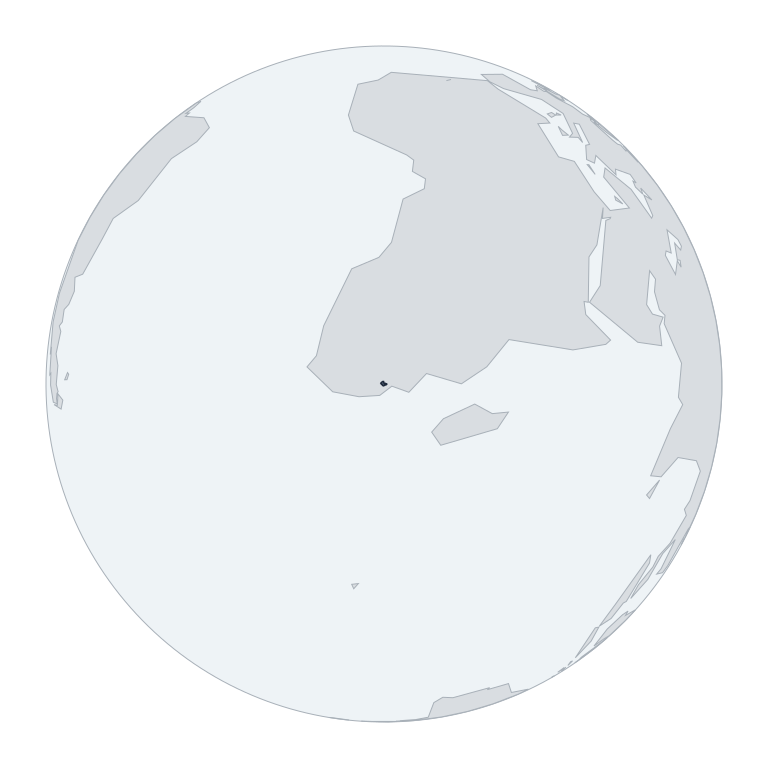 Manzini on an orthographic globe, rotated 50°
{"feature_id": "SWZ-536", "entity_name": "Manzini", "entity_type": "District", "adm_level": 1, "iso_a3": "SWZ", "parent_name": "eSwatini", "parent_adm1": "", "projection": "orthographic", "projection_center": [31.309, -26.515], "detail": "fine", "context": "on_globe", "style": "filled", "palette": "slate", "viewbox_px": 768, "rotation_deg": 50, "n_neighbors": 0, "source": "natural_earth", "source_scale": "10m", "svg_char_len": 5764}
<svg xmlns="http://www.w3.org/2000/svg" viewBox="0 0 768 768"><g transform="rotate(50 384 384)"><circle cx="384" cy="384" r="338" fill="#eef3f6" stroke="#a8b0b8"/><path d="M48.1,347.2L49.8,342.5L50.1,352.0L49.4,361.8L51.3,358.9L51.4,364.1L64.3,350.8L75.4,353.0L78.1,371.7L74.7,402.0L85.5,454.3L83.1,485.0L91.8,506.6L106.2,544.2L103.6,552.1L113.9,561.6L120.4,574.3L121.3,581.1L129.7,590.5L130.8,595.4L136.0,597.8L150.0,615.7L160.3,622.0L173.7,635.4L180.4,638.6L181.0,640.5L184.7,644.3L189.2,647.1L185.4,649.0L170.5,640.1L161.6,632.3L162.1,634.1L141.8,614.8L146.9,620.7L123.7,597.5L105.8,574.2L77.4,526.1L67.3,501.9L59.1,477.0L52.9,451.5L48.7,425.7L46.4,399.5L46.2,373.3L48.1,347.2ZM195.7,647.5L187.7,650.0L190.4,647.9L182.0,640.1L189.9,640.4L195.7,647.5ZM175.5,625.9L171.8,619.1L173.9,619.3L176.9,624.1L175.5,625.9ZM348.6,47.9L348.0,48.0L344.3,48.5L347.5,48.5L333.9,51.9L323.5,53.8L322.6,52.0L307.8,55.1L311.8,53.9L348.6,47.9ZM694.8,251.3L695.2,252.2L690.2,241.1L690.6,244.0L705.5,283.3L707.6,291.9L704.9,297.3L703.6,290.4L690.4,260.8L693.1,279.5L703.3,307.6L706.9,332.9L701.3,318.1L697.0,295.7L692.3,284.7L689.9,267.3L679.0,236.9L673.1,234.4L670.0,224.5L654.1,197.7L643.6,194.0L629.3,206.0L633.2,231.4L625.7,238.7L602.3,193.3L591.8,168.4L583.4,167.0L559.3,142.7L517.9,130.6L512.0,124.6L504.2,125.3L487.2,117.5L478.2,108.6L467.9,107.7L492.0,131.8L503.0,133.4L512.2,127.2L516.8,135.7L533.2,146.6L515.1,162.8L453.5,174.0L447.6,155.1L401.3,108.9L402.7,104.5L402.5,104.1L402.0,103.2L397.6,110.2L389.7,102.7L414.3,131.5L418.4,145.3L452.7,175.0L449.4,177.7L460.5,184.8L496.0,182.2L496.2,188.6L479.3,217.4L430.3,259.7L436.9,294.2L433.6,324.6L403.3,344.7L406.3,370.3L390.7,379.4L390.0,394.6L377.7,411.3L357.0,428.3L321.4,432.0L318.9,417.6L300.6,392.7L275.0,334.7L283.7,306.5L280.3,287.2L254.6,250.5L260.3,227.6L253.5,220.3L239.4,225.6L231.6,217.3L223.1,219.4L170.7,244.6L155.1,238.4L137.6,211.3L147.4,193.1L149.9,178.1L218.1,109.8L231.6,107.0L284.2,89.2L290.7,89.2L283.5,98.8L322.2,104.3L335.8,95.1L371.9,99.5L396.5,99.2L406.9,82.9L366.7,82.7L360.6,75.8L393.7,69.6L429.0,72.4L427.8,69.9L406.3,63.5L415.2,60.5L398.9,61.4L404.9,63.7L394.8,64.8L388.7,62.9L392.1,61.6L381.7,60.7L368.2,68.6L372.9,71.8L345.1,74.8L350.1,80.8L342.3,84.5L330.8,76.0L332.6,72.5L310.5,67.4L306.1,71.0L326.7,76.6L319.9,76.7L314.1,83.2L313.2,78.4L291.9,72.9L267.3,80.4L234.6,102.5L220.6,108.6L209.5,110.4L222.9,94.1L252.8,82.6L257.9,78.1L253.2,76.2L262.6,73.4L264.4,71.6L275.8,68.2L293.1,61.2L304.9,58.4L313.0,54.6L320.1,53.0L313.3,55.4L314.9,56.2L344.3,52.1L350.4,50.9L353.2,49.1L361.0,48.9L360.0,47.8L377.5,46.8L355.3,47.6L358.1,47.1L382.8,46.1L407.5,46.9L432.1,49.5L456.4,53.9L480.3,60.1L503.8,68.0L526.6,77.6L548.6,88.9L569.7,101.7L589.9,116.0L608.9,131.8L626.7,148.9L643.3,167.3L658.4,186.8L672.1,207.4L684.2,228.9L694.8,251.3ZM193.8,136.9L191.7,141.2L193.8,136.9ZM466.3,85.8L487.5,90.3L478.1,80.1L485.5,81.3L479.6,77.7L477.3,79.4L462.9,70.8L472.1,70.6L469.6,67.6L462.3,66.0L447.8,68.1L468.3,79.8L463.4,82.4L466.3,85.8ZM262.7,68.8L266.1,67.8L261.1,70.1L246.2,76.2L253.3,72.6L262.7,68.8ZM272.2,66.1L275.4,64.0L284.8,61.0L279.0,62.8L284.9,61.0L277.1,63.8L282.9,63.9L278.8,66.2L253.5,74.7L264.0,70.3L260.0,71.2L272.2,66.1ZM298.6,84.9L303.7,84.4L311.8,82.8L308.3,87.4L298.6,84.9ZM283.7,81.1L288.4,79.6L287.4,84.3L282.1,85.3L283.7,81.1ZM291.8,75.4L288.7,79.2L287.2,77.7L291.8,75.4ZM317.7,54.5L322.8,53.4L323.1,53.7L319.9,54.8L317.7,54.5ZM399.6,85.3L392.1,88.3L388.6,86.7L391.9,86.0L399.6,85.3ZM347.7,86.1L359.2,87.5L346.6,87.3L347.7,86.1ZM520.4,531.9L521.4,538.8L516.7,537.5L520.4,531.9ZM491.1,325.9L467.4,379.9L451.5,378.4L448.8,360.8L457.7,327.4L476.3,320.1L485.5,306.7L491.1,325.9ZM717.0,428.1L716.8,435.0L716.5,436.2L717.0,428.1ZM717.3,417.5L717.8,424.1L716.7,419.6L717.3,417.5ZM717.8,426.7L718.2,430.3L718.4,430.7L718.0,433.2L717.8,426.7ZM716.7,413.4L710.2,391.2L706.6,378.9L708.3,375.6L714.1,390.6L716.7,413.4ZM707.9,374.7L701.3,347.5L686.3,289.3L691.8,295.7L706.3,338.2L705.6,341.5L709.6,360.7L707.9,374.7ZM720.3,351.2L720.6,356.4L721.6,373.2L720.6,379.4L719.7,391.6L716.9,378.2L715.2,370.5L714.1,349.5L714.8,343.0L716.5,347.7L718.6,336.6L719.5,343.9L720.3,351.2ZM634.7,234.6L642.4,254.2L637.8,254.2L634.7,234.6ZM698.3,260.0L696.7,256.7L695.0,252.5L696.0,254.3L698.3,260.0ZM607.8,637.1L604.2,640.3L606.4,638.1L619.0,626.7L614.8,630.8L607.8,637.1ZM627.9,617.8L627.6,618.1L635.2,609.6L650.8,591.0L649.9,591.5L656.0,584.2L652.1,588.3L661.4,575.5L667.7,564.3L660.1,550.6L661.8,540.3L668.6,532.9L684.5,498.3L684.6,501.3L693.5,481.2L702.2,484.7L710.6,469.5L707.8,480.7L699.1,506.0L688.5,530.5L676.0,554.0L661.7,576.5L645.6,597.9L627.9,617.8ZM716.6,443.7L716.3,443.3L717.1,440.8L716.6,443.7ZM721.8,394.0L721.7,394.6L720.6,413.6L720.2,417.1L721.6,397.0L720.3,410.8L720.2,407.3L721.2,392.1L721.8,379.3L721.8,376.4L721.9,381.0L721.9,379.8L721.8,390.5L721.8,391.3L721.8,394.0Z" fill="#d9dde1" stroke="#a8b0b8" stroke-width="1"/><path d="M381.3,385.7L381.2,385.2L381.2,384.4L381.2,383.8L381.3,383.3L381.8,382.7L382.7,383.2L382.7,383.3L382.8,383.4L383.1,383.5L383.3,383.5L383.5,383.6L383.8,383.6L383.8,383.4L383.8,383.2L383.9,382.9L384.0,382.8L384.1,382.7L384.3,382.6L384.5,382.6L385.0,382.4L385.1,382.2L385.3,382.0L385.6,382.0L385.7,381.9L385.9,381.9L386.0,382.2L386.0,382.3L386.0,382.6L386.0,382.8L385.9,382.9L385.9,383.0L385.7,383.1L385.7,383.3L385.6,383.5L385.6,383.8L385.5,384.0L385.4,384.0L385.5,384.1L385.5,384.4L385.5,384.6L385.2,384.8L385.0,385.2L384.9,385.3L384.9,385.5L384.7,385.4L384.5,385.5L384.4,385.6L384.1,385.7L384.0,385.8L384.0,386.0L383.9,386.0L383.7,385.8L383.6,385.7L383.4,385.8L383.0,386.0L382.8,386.1L382.7,386.1L382.8,386.0L382.7,385.9L382.7,385.7L382.3,385.5L382.2,385.5L381.8,385.5L381.7,385.5L381.4,385.7L381.3,385.7Z" fill="#64748b" stroke="#1e293b" stroke-width="1.5"/></g></svg>